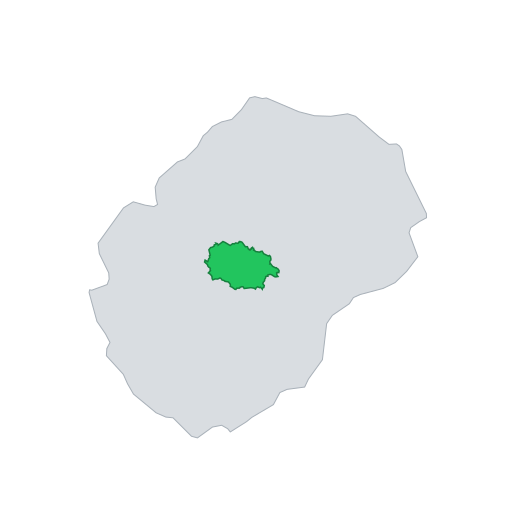 Chashka, Čaška, North Macedonia shown in context, rotated 331°
{"feature_id": "65306769B55292490733903", "entity_name": "Chashka", "entity_type": "district", "adm_level": 2, "iso_a3": "MKD", "parent_name": "North Macedonia", "parent_adm1": "Čaška", "projection": "albers", "projection_center": [21.618, 41.602], "detail": "fine", "context": "in_parent", "style": "filled", "palette": "green", "viewbox_px": 512, "rotation_deg": 331, "n_neighbors": 0, "source": "geoboundaries", "source_scale": "gbopen_adm2", "svg_char_len": 2740}
<svg xmlns="http://www.w3.org/2000/svg" viewBox="0 0 512 512"><g transform="rotate(331 256 256)"><path d="M233.3,135.7L241.0,136.7L257.8,131.9L268.2,125.2L273.6,124.2L280.6,121.6L290.8,122.0L301.2,124.8L314.3,120.9L327.1,114.6L332.3,116.1L337.9,121.4L341.7,122.8L363.3,150.5L375.2,161.7L389.2,170.1L405.1,176.1L410.8,182.1L421.4,211.6L426.4,222.8L433.2,226.1L434.8,229.3L435.2,233.6L427.9,254.6L425.6,301.4L423.7,305.2L415.7,305.1L405.1,306.2L401.1,309.9L397.2,335.1L380.2,342.5L364.7,346.7L351.5,346.0L328.5,340.2L321.0,339.6L314.5,343.0L294.0,344.9L285.0,349.4L263.8,378.9L242.3,389.0L235.0,394.2L218.5,387.7L210.7,387.0L199.2,394.4L174.2,395.1L167.5,396.3L148.2,397.4L147.5,393.3L143.9,387.4L135.0,384.5L116.6,386.7L112.2,382.4L105.0,357.3L99.1,353.2L92.6,344.7L81.9,317.4L81.7,305.5L82.6,295.2L76.8,270.7L80.7,264.6L86.4,260.8L86.6,251.0L85.2,236.1L92.3,207.0L94.1,204.9L95.8,206.3L112.0,208.8L116.3,205.1L119.0,199.4L120.1,178.0L124.1,168.2L163.4,149.7L174.9,149.1L183.7,157.8L190.7,163.3L194.9,163.2L196.4,157.6L201.2,146.9L209.2,140.8L233.0,135.6L233.3,135.7Z" fill="#d9dde1" stroke="#a8b0b8" stroke-width="1"/><path d="M235.5,229.1L234.1,227.3L228.2,228.2L228.5,227.5L228.1,226.3L227.3,225.5L227.4,226.3L224.9,226.0L224.2,227.0L223.5,227.0L222.3,227.2L220.4,226.6L217.8,227.7L216.3,233.1L215.4,233.1L214.7,235.1L213.3,235.5L211.0,237.6L209.5,234.9L208.1,236.3L209.4,240.1L209.0,241.1L209.2,242.6L210.1,244.6L209.0,246.1L209.1,246.7L206.1,247.7L207.2,249.9L207.6,252.4L206.6,254.7L206.7,256.0L209.0,256.2L211.4,257.6L213.8,257.7L214.6,258.8L214.5,260.2L216.5,262.4L216.5,263.1L219.3,265.3L219.8,268.1L219.4,269.2L218.7,270.0L220.1,271.9L221.4,274.9L222.2,275.5L223.4,274.8L226.1,276.1L226.8,275.6L228.8,276.0L229.8,276.7L229.9,278.7L236.2,281.2L238.7,283.2L239.5,284.7L240.6,283.9L242.6,283.7L243.7,285.4L244.8,285.5L245.4,288.0L245.9,287.2L247.5,287.4L248.9,285.9L248.5,283.6L249.6,282.5L251.5,281.8L252.3,280.6L253.8,279.8L254.5,278.7L255.5,278.8L256.6,279.5L257.2,278.3L259.5,278.9L260.5,279.9L262.2,283.1L263.2,283.9L265.3,284.6L265.0,282.5L265.8,281.4L265.8,280.8L266.6,280.6L267.9,281.6L268.1,281.3L269.0,280.3L269.1,278.4L268.5,277.3L268.1,276.1L267.5,276.0L265.5,273.1L265.0,269.9L264.4,269.7L264.9,269.3L264.7,269.0L265.5,267.3L266.8,266.9L267.6,265.9L268.4,263.4L268.0,262.0L266.8,262.0L263.8,257.7L263.7,254.8L261.9,254.2L261.2,254.5L257.7,251.8L257.5,250.3L256.9,249.9L257.3,249.6L257.2,248.4L257.5,248.2L257.1,247.9L257.2,246.7L255.8,246.8L255.1,247.6L254.5,247.3L254.0,247.9L253.2,247.5L253.3,246.9L252.7,246.2L253.0,243.7L251.2,242.7L250.5,237.3L249.5,235.9L248.4,235.9L248.3,235.3L246.4,236.2L244.5,234.7L243.0,234.9L241.5,233.9L238.5,234.3L235.5,229.1Z" fill="#22c55e" stroke="#15803d" stroke-width="1.5"/></g></svg>